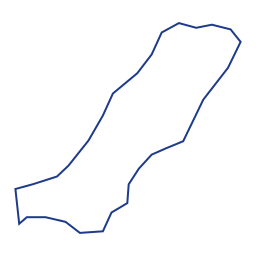 outline of Lagoudera, Nicosia, Cyprus
{"feature_id": "46923920B28083184578057", "entity_name": "Lagoudera", "entity_type": "district", "adm_level": 2, "iso_a3": "CYP", "parent_name": "Cyprus", "parent_adm1": "Nicosia", "projection": "equal_earth", "projection_center": [33.023, 34.973], "detail": "fine", "context": "isolated", "style": "outline", "palette": "blue", "viewbox_px": 256, "rotation_deg": 0, "n_neighbors": 0, "source": "geoboundaries", "source_scale": "gbopen_adm2", "svg_char_len": 477}
<svg xmlns="http://www.w3.org/2000/svg" viewBox="0 0 256 256"><path d="M230.6,29.4L211.9,24.7L196.2,27.8L178.9,23.1L161.7,32.5L151.7,54.4L137.3,73.2L112.9,93.5L102.9,115.5L88.5,140.5L68.5,165.6L57.0,176.5L32.6,184.3L15.4,189.0L19.2,223.8L26.8,217.2L45.5,217.2L65.6,221.9L79.9,232.9L102.9,231.3L111.5,212.5L127.3,203.1L128.7,184.3L138.8,168.7L151.7,154.6L166.0,148.3L183.2,141.2L203.3,99.6L228.0,67.8L240.6,41.9L230.6,29.4Z" fill="none" stroke="#1e3a8a" stroke-width="2"/></svg>